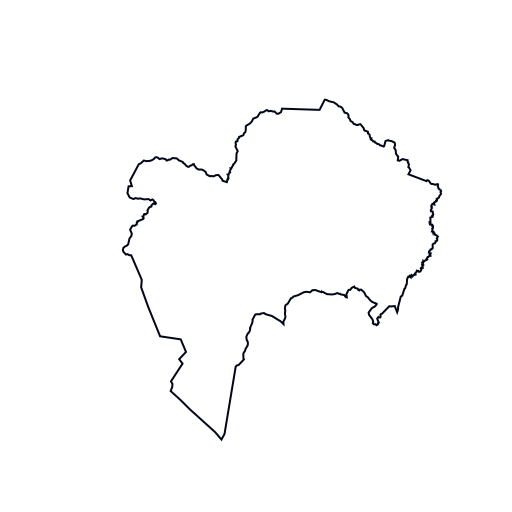 outline of Twifo Atti-morkwa, Central, Ghana, rotated 304°
{"feature_id": "2480657B2289284937660", "entity_name": "Twifo Atti-morkwa", "entity_type": "district", "adm_level": 2, "iso_a3": "GHA", "parent_name": "Ghana", "parent_adm1": "Central", "projection": "orthographic", "projection_center": [-1.532, 5.68], "detail": "fine", "context": "isolated", "style": "outline", "palette": "ink", "viewbox_px": 512, "rotation_deg": 304, "n_neighbors": 0, "source": "geoboundaries", "source_scale": "gbopen_adm2", "svg_char_len": 6160}
<svg xmlns="http://www.w3.org/2000/svg" viewBox="0 0 512 512"><g transform="rotate(304 256 256)"><path d="M266.0,394.6L267.5,395.3L268.3,394.6L269.4,395.1L271.7,391.6L273.0,391.4L273.8,391.6L273.6,392.1L274.6,393.4L275.8,393.0L276.8,392.0L277.8,392.1L278.5,392.7L288.9,394.6L289.7,396.2L292.1,399.0L288.3,404.5L291.3,403.6L293.0,402.4L303.3,398.7L304.9,399.4L311.8,397.4L312.6,397.7L316.0,396.6L316.8,396.8L321.2,394.3L322.5,393.9L324.1,393.8L324.7,394.2L324.3,394.0L324.0,394.4L324.9,395.2L324.8,396.3L325.9,395.8L325.4,394.7L325.8,394.5L326.6,395.4L326.5,396.3L327.0,396.1L326.9,396.7L327.4,396.5L327.8,397.5L328.6,397.5L329.1,398.1L329.6,397.8L330.0,398.5L330.7,397.7L333.3,397.9L333.8,397.6L334.3,398.7L333.9,399.0L334.0,400.0L335.2,400.9L337.6,400.6L337.8,399.6L338.7,399.5L339.5,400.8L341.0,399.3L341.4,399.8L341.9,399.8L341.9,398.3L342.5,398.2L342.7,398.8L343.4,397.6L343.7,398.0L345.0,397.5L344.6,398.3L345.9,398.2L348.1,399.6L348.5,399.2L349.0,399.7L349.4,399.0L351.2,398.9L351.5,399.4L352.9,399.6L353.7,400.6L354.5,399.9L354.4,399.3L355.9,399.3L355.4,397.5L356.8,396.9L358.0,397.3L359.0,397.0L359.7,397.9L360.3,397.7L361.4,398.1L364.3,396.0L365.4,396.2L366.7,397.2L368.1,397.1L368.6,396.6L370.0,397.6L370.9,397.1L371.3,396.4L371.7,396.5L372.0,395.9L373.8,395.9L374.1,394.1L373.7,392.6L374.7,391.2L374.2,390.4L375.3,389.7L375.1,389.3L374.6,389.5L375.0,389.0L374.7,388.2L376.0,388.0L377.3,386.7L377.9,387.1L379.7,386.1L379.4,385.4L380.3,385.0L380.5,384.6L379.4,382.7L379.7,382.3L380.1,382.8L381.3,381.9L381.3,380.9L382.4,381.2L385.4,379.0L387.2,380.4L387.9,379.6L388.4,380.1L389.7,379.6L390.0,378.8L390.7,378.6L391.7,377.5L390.9,376.0L391.7,375.3L394.2,375.0L394.6,374.1L395.3,374.0L395.3,373.5L395.9,373.2L397.2,373.0L398.0,373.4L398.4,375.1L399.2,374.4L399.3,373.7L400.2,373.8L401.8,374.7L402.1,374.5L402.3,375.0L402.8,375.0L402.9,374.5L404.0,374.6L404.3,373.9L407.0,375.0L408.1,374.5L411.0,374.7L412.2,373.2L413.3,373.2L413.8,372.6L414.0,369.5L415.1,368.5L415.4,367.7L417.2,366.9L417.0,366.1L415.2,364.6L414.6,362.2L414.0,361.5L413.8,360.3L414.9,357.6L414.9,356.1L414.4,355.5L413.4,355.5L409.0,336.7L413.5,336.2L414.8,333.6L414.8,332.7L417.5,331.6L418.1,330.1L418.8,329.8L418.8,329.1L420.2,328.1L418.2,323.2L415.3,321.8L414.5,320.1L417.8,318.4L418.9,315.1L422.0,312.4L422.9,310.1L426.0,309.1L427.5,307.6L427.1,304.2L425.9,301.5L426.0,300.9L424.7,299.8L423.7,299.1L418.7,300.8L418.0,300.4L417.6,297.9L417.1,297.2L417.4,295.3L416.7,293.8L416.9,293.0L416.7,291.0L417.2,290.4L416.5,289.0L417.0,288.1L416.8,286.0L418.1,285.8L417.8,285.0L418.5,283.8L420.2,282.2L420.2,280.4L421.6,279.3L420.7,275.5L422.2,273.8L423.7,268.9L422.0,267.2L421.5,267.2L420.8,266.1L420.7,264.6L420.1,263.4L421.0,261.0L420.8,258.8L421.9,257.4L422.7,254.9L424.1,254.3L424.9,253.2L425.3,251.8L424.4,249.3L427.0,244.6L427.0,242.3L426.3,240.8L426.9,238.5L426.9,234.7L425.1,229.8L424.8,227.0L423.9,225.6L412.7,227.0L392.7,195.2L389.3,196.3L386.3,194.9L385.6,193.5L386.2,190.7L385.4,189.6L384.5,186.9L383.1,185.7L383.1,183.3L379.8,181.8L378.2,180.6L377.8,179.5L376.9,179.2L372.1,179.4L368.3,176.9L365.0,177.3L362.5,176.9L358.7,175.1L357.7,175.1L354.7,177.1L352.6,177.9L351.0,177.4L349.5,177.9L348.6,177.7L345.3,175.4L344.7,175.9L342.4,175.5L340.7,176.4L339.5,175.3L338.1,176.0L337.3,177.0L335.3,177.7L332.7,182.2L330.2,182.5L324.0,186.3L320.5,186.3L319.1,185.9L318.1,186.4L317.1,186.2L315.5,186.5L314.6,186.5L314.4,185.9L313.7,186.6L311.5,186.8L310.9,187.8L309.2,187.3L308.5,187.7L307.7,187.0L307.3,188.1L305.2,189.2L305.1,189.7L304.1,189.9L304.0,189.4L303.5,189.5L300.9,190.5L299.7,186.2L300.5,185.3L302.2,179.6L300.7,177.7L298.3,176.3L297.5,174.4L296.3,173.1L296.0,169.4L297.5,167.4L297.7,165.4L297.4,162.7L295.6,160.1L295.4,157.8L296.7,153.9L297.4,153.1L296.7,152.3L295.4,152.0L293.9,150.9L292.3,150.4L291.8,149.3L291.9,147.0L292.5,145.8L292.4,143.6L293.0,142.8L292.2,138.6L292.6,135.7L290.5,132.0L287.7,130.8L286.9,129.5L285.9,129.3L285.2,128.6L285.7,126.8L284.5,123.6L282.4,121.8L282.6,119.5L282.3,118.2L281.3,117.3L279.1,117.0L277.2,116.1L275.5,114.8L273.4,112.2L272.4,109.6L268.3,108.6L266.5,107.5L248.3,109.4L244.5,114.0L242.5,111.4L236.2,114.3L233.9,118.5L234.7,122.6L236.7,123.8L237.6,126.4L238.8,127.4L240.5,131.8L243.2,135.2L243.0,137.4L244.9,138.4L245.0,139.5L244.3,141.0L244.4,142.1L243.7,143.6L242.7,143.6L242.2,141.6L239.6,141.0L238.4,141.6L237.3,140.6L236.2,140.3L233.1,140.5L232.6,141.2L231.2,141.9L228.8,141.3L228.6,140.2L228.1,139.8L226.1,140.5L225.5,140.0L225.4,140.6L224.5,141.1L224.5,141.7L223.4,141.7L218.2,138.2L217.5,138.9L216.7,138.6L215.5,139.5L213.0,138.3L212.4,137.0L211.5,136.6L207.4,136.9L205.2,140.4L202.9,141.5L199.8,141.3L194.2,143.5L191.9,143.0L190.9,142.2L188.8,141.5L186.6,142.2L185.4,143.6L184.5,147.4L185.7,148.4L185.8,150.5L186.8,152.2L172.4,174.6L165.8,178.3L153.5,195.1L135.8,221.4L144.8,240.2L137.3,251.6L127.5,250.0L125.7,255.3L104.5,255.6L103.2,258.3L100.8,259.7L96.3,260.8L94.4,274.0L91.9,286.9L87.1,320.7L84.5,330.0L90.9,329.4L152.8,301.1L154.3,301.2L156.1,302.6L163.6,303.8L164.0,302.9L167.6,300.3L169.2,299.9L171.0,300.0L173.1,299.3L177.2,299.1L178.8,298.3L180.4,297.0L181.1,295.3L181.9,294.8L182.5,293.9L183.9,293.1L187.2,292.5L188.1,292.9L190.5,292.7L192.3,292.0L192.7,291.4L198.3,290.3L200.1,289.6L201.4,288.7L207.1,288.1L208.3,289.4L209.9,291.9L210.7,292.0L213.2,294.5L213.1,296.4L215.2,302.9L215.6,313.1L214.9,316.9L216.9,315.4L220.5,315.0L222.2,314.3L224.4,312.2L227.4,310.6L228.5,309.4L230.9,308.2L231.8,308.0L234.3,309.0L240.4,308.6L241.0,309.2L243.3,309.7L247.2,312.9L252.7,315.9L254.6,317.9L256.1,321.1L259.2,321.9L261.0,324.3L262.5,330.3L263.1,330.3L262.9,330.8L263.6,331.6L264.1,336.2L266.6,340.5L268.5,342.6L270.8,344.2L271.1,346.2L271.7,346.7L271.6,347.9L273.0,351.0L272.1,353.3L272.5,354.4L274.7,352.4L279.2,351.7L279.9,351.9L280.7,353.1L283.3,353.2L285.6,354.6L284.9,355.8L285.8,358.7L285.0,360.0L285.3,361.0L286.3,361.0L286.9,362.1L286.4,365.9L284.3,369.6L284.3,371.7L283.1,375.7L282.9,378.2L283.9,382.7L283.2,383.1L280.5,382.7L277.6,381.2L272.1,381.0L270.5,382.5L268.7,387.7L267.9,388.9L266.7,390.2L265.8,390.3L265.5,391.0L265.3,392.0L266.2,393.1L266.0,394.6Z" fill="none" stroke="#020617" stroke-width="2"/></g></svg>